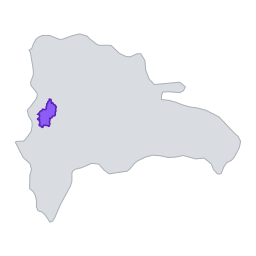 Las Matas de Farfan, San Juan, Dominican Republic shown in context
{"feature_id": "3306468B58611223630856", "entity_name": "Las Matas de Farfan", "entity_type": "district", "adm_level": 2, "iso_a3": "DOM", "parent_name": "Dominican Republic", "parent_adm1": "San Juan", "projection": "equal_earth", "projection_center": [-71.495, 18.95], "detail": "fine", "context": "in_parent", "style": "filled", "palette": "violet", "viewbox_px": 256, "rotation_deg": 0, "n_neighbors": 0, "source": "geoboundaries", "source_scale": "gbopen_adm2", "svg_char_len": 4785}
<svg xmlns="http://www.w3.org/2000/svg" viewBox="0 0 256 256"><path d="M29.6,188.7L29.9,175.0L31.5,169.5L30.0,163.7L23.2,157.5L19.0,149.5L15.4,142.4L16.2,141.4L23.6,141.1L26.2,138.5L31.2,131.3L32.2,125.5L31.8,121.1L28.5,115.8L27.3,110.3L31.3,105.5L36.5,98.4L37.2,95.7L37.1,93.1L31.0,85.6L30.6,82.5L33.4,74.4L33.2,69.1L30.4,52.5L29.0,50.0L31.7,48.6L33.5,43.7L35.9,39.3L39.0,36.9L42.6,35.4L49.7,35.5L59.6,39.4L62.3,39.3L71.8,35.8L79.6,33.9L87.0,36.1L90.0,39.1L96.1,43.8L99.1,45.3L108.7,45.2L111.4,45.6L119.5,53.5L126.3,56.6L130.2,56.8L137.3,53.7L140.8,53.8L144.9,60.6L145.7,70.2L149.1,78.9L154.3,84.5L179.7,82.2L185.4,86.8L183.5,90.6L179.9,92.6L167.8,91.7L162.5,92.2L161.5,96.0L161.4,99.5L168.5,100.3L175.5,102.1L182.6,104.9L189.8,106.9L197.9,108.1L205.9,110.2L219.2,117.1L234.0,132.8L238.0,136.4L240.6,141.3L239.4,147.4L234.2,157.3L231.3,160.5L226.9,162.5L224.0,166.6L221.2,173.5L219.4,174.1L217.3,173.8L213.8,169.9L211.2,163.8L204.1,158.1L195.6,158.9L183.2,155.5L175.6,157.1L168.1,157.5L160.4,155.8L152.6,155.2L144.9,157.3L137.4,161.0L134.6,163.3L129.8,169.0L127.3,171.1L109.0,173.9L103.7,169.8L98.8,164.1L91.8,163.3L81.6,167.7L75.2,169.3L72.6,171.2L71.9,173.3L71.9,181.3L70.4,186.1L60.5,204.4L54.9,217.3L52.6,221.2L49.9,222.1L45.0,214.7L41.9,212.0L38.0,210.7L36.4,206.7L36.5,201.1L35.4,195.7L33.1,191.5L29.6,188.7Z" fill="#d9dde1" stroke="#a8b0b8" stroke-width="1"/><path d="M37.7,114.3L37.9,114.4L38.0,114.5L38.3,114.6L38.5,114.6L38.8,114.8L39.3,114.8L39.5,114.8L39.6,115.0L39.6,116.3L39.6,116.5L39.5,116.8L39.2,117.2L39.1,117.3L39.0,117.6L38.9,117.8L38.8,118.1L38.7,118.2L38.5,118.3L38.3,118.4L38.0,118.5L37.9,118.6L37.7,118.7L37.6,118.8L37.6,119.0L37.6,119.3L37.8,119.5L38.1,119.7L38.4,119.9L38.5,119.9L38.8,119.7L39.1,119.3L39.3,119.2L39.5,119.2L39.5,119.3L39.6,119.5L39.6,119.9L39.6,120.1L39.5,120.3L39.4,120.6L39.4,120.9L39.4,121.1L39.4,121.3L39.4,121.5L39.5,121.8L39.8,122.0L39.9,122.3L39.9,122.6L39.9,123.3L39.9,123.5L39.9,123.8L39.6,123.9L39.5,124.0L39.4,124.0L39.3,124.3L39.2,124.4L39.2,124.5L39.3,124.6L39.3,124.8L39.2,125.1L39.2,125.5L39.4,125.6L39.5,125.7L39.8,125.7L40.1,125.7L40.2,125.8L40.3,125.8L40.5,125.9L40.8,126.0L41.0,126.0L41.2,126.4L41.2,126.7L41.3,126.8L41.5,127.0L42.0,127.2L42.3,127.3L42.7,127.4L43.0,127.0L43.1,126.8L43.2,126.7L43.2,126.1L43.3,126.0L43.3,125.9L43.4,125.5L43.5,125.4L43.9,125.3L44.6,125.3L45.7,125.3L45.8,125.3L46.0,125.4L46.2,125.5L46.3,125.5L46.7,125.6L47.6,125.6L47.8,125.6L48.0,125.6L48.2,125.8L48.4,126.1L48.5,126.2L48.7,126.3L48.8,126.3L48.9,126.2L49.1,126.2L49.2,125.8L49.3,125.6L49.5,125.2L49.6,124.8L49.7,124.7L49.8,124.4L49.9,124.0L49.9,123.9L49.9,123.7L49.8,123.0L49.8,122.9L49.7,122.8L49.7,122.7L49.5,122.4L49.4,122.2L49.4,121.9L49.5,121.7L49.6,121.4L49.7,120.9L49.8,120.7L49.8,120.2L49.9,119.8L50.0,119.7L49.9,119.5L49.8,119.3L49.8,119.1L49.7,118.9L49.6,118.6L49.6,118.4L49.7,118.2L49.8,118.2L50.0,118.2L50.2,118.3L50.3,118.3L50.5,118.4L50.9,118.2L51.1,118.1L51.3,118.0L51.6,117.9L51.8,117.7L52.0,117.4L52.1,117.2L52.2,116.8L52.2,116.7L52.3,116.5L52.4,116.4L52.5,116.3L52.8,116.3L52.9,116.2L53.0,116.2L53.3,115.9L53.6,115.8L54.5,115.8L54.8,115.8L54.9,115.7L55.1,115.4L55.1,115.2L55.2,114.9L55.3,114.8L55.3,114.7L55.3,114.3L55.3,112.4L55.3,112.2L55.4,111.9L55.6,111.8L55.7,111.6L55.8,111.5L55.8,111.4L55.7,111.3L55.7,111.1L55.7,110.9L55.7,110.7L55.8,110.5L55.8,110.4L55.8,110.2L55.8,109.8L55.8,108.4L55.8,108.2L55.9,107.9L56.1,107.5L56.2,107.4L56.3,107.1L56.3,106.9L56.2,106.9L55.8,106.7L55.7,106.7L55.6,106.4L55.6,106.0L55.6,105.9L55.5,105.6L55.4,105.5L55.1,105.2L54.9,104.9L54.6,104.7L54.4,104.7L54.0,104.7L53.8,104.6L53.7,104.6L53.5,104.3L53.4,103.9L53.2,103.5L53.0,103.2L52.9,103.0L52.8,102.9L52.7,102.8L52.3,102.8L52.1,102.8L51.9,102.9L51.8,103.0L51.6,103.2L51.4,103.2L51.5,102.1L51.4,101.9L51.4,101.7L51.2,101.3L51.1,101.2L51.1,100.3L51.1,100.2L51.0,99.9L50.9,99.7L50.8,99.3L49.4,99.2L49.3,99.3L49.2,99.3L49.2,99.5L49.3,100.1L49.3,100.3L49.3,100.6L49.2,100.7L49.1,100.8L48.9,100.9L48.7,101.1L48.2,101.5L47.9,101.7L47.9,101.8L47.8,102.1L47.8,102.5L47.6,103.1L47.5,103.3L47.4,103.4L47.3,103.6L47.2,103.6L46.8,104.0L46.7,104.0L46.7,104.5L46.7,105.4L46.7,105.6L46.6,105.8L46.6,106.0L46.4,106.3L46.3,106.6L46.2,106.7L46.2,106.8L46.1,107.0L46.1,107.3L46.2,107.5L46.3,107.9L46.4,108.2L46.4,108.3L46.4,108.5L45.6,109.5L45.4,109.6L45.2,109.6L44.9,109.5L44.6,109.5L44.0,109.5L43.7,109.4L43.4,109.3L43.3,109.2L43.2,109.2L42.9,109.2L42.7,109.2L42.7,109.3L42.4,109.4L42.4,109.5L42.3,110.0L42.2,110.3L42.0,110.5L41.9,110.7L41.8,110.8L41.7,110.8L41.2,110.8L40.8,111.0L40.7,111.1L40.3,111.4L40.2,111.5L39.8,111.9L39.7,112.1L39.5,112.5L39.4,112.7L39.4,112.8L39.3,113.0L39.2,113.1L39.0,113.3L38.9,113.3L38.8,113.7L38.8,113.8L38.7,113.8L38.3,114.0L38.2,114.1L37.9,114.1L37.7,114.3Z" fill="#8b5cf6" stroke="#5b21b6" stroke-width="1.5"/></svg>